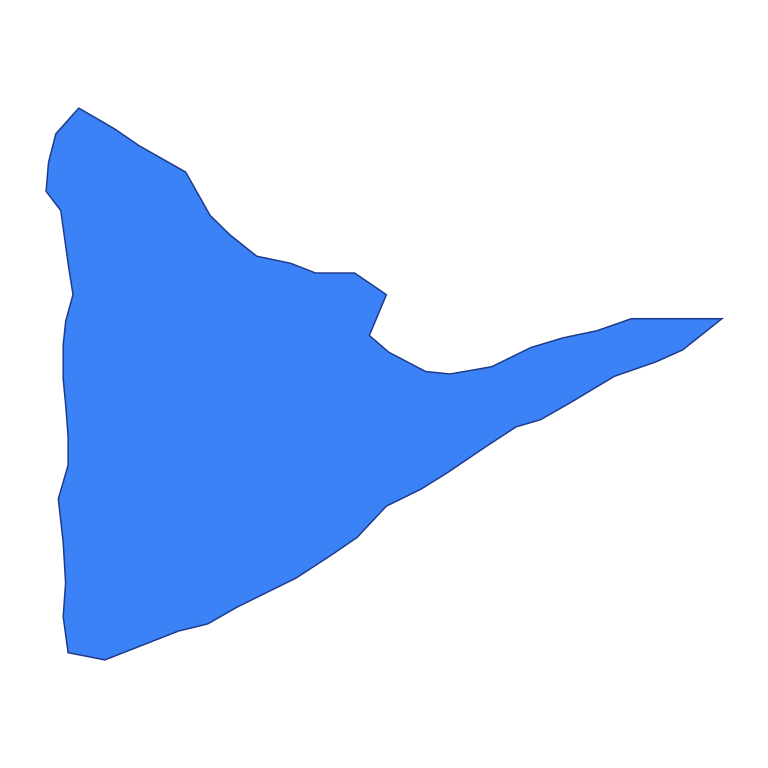 the district of Neta, Cyprus
{"feature_id": "46923920B38170479802577", "entity_name": "Neta", "entity_type": "district", "adm_level": 2, "iso_a3": "CYP", "parent_name": "Cyprus", "parent_adm1": "", "projection": "robinson", "projection_center": [34.225, 35.469], "detail": "fine", "context": "isolated", "style": "filled", "palette": "blue", "viewbox_px": 768, "rotation_deg": 0, "n_neighbors": 0, "source": "geoboundaries", "source_scale": "gbopen_adm2", "svg_char_len": 832}
<svg xmlns="http://www.w3.org/2000/svg" viewBox="0 0 768 768"><path d="M78.8,108.1L55.9,133.7L48.5,162.5L46.1,191.3L60.8,210.6L68.1,263.4L73.0,294.7L65.7,321.1L63.2,345.1L63.2,378.8L65.7,405.2L68.1,436.4L68.1,465.3L58.3,498.9L63.2,542.2L65.6,583.0L63.2,616.7L68.1,652.7L75.2,654.1L104.8,659.9L141.6,645.5L178.3,631.1L207.7,623.9L237.1,607.1L266.5,592.6L295.8,578.2L332.6,554.2L357.1,537.4L386.4,506.1L420.7,489.3L447.7,472.5L486.8,446.0L516.2,426.8L540.7,419.6L570.1,402.8L614.2,376.4L655.8,361.9L682.7,349.9L721.9,318.7L682.7,318.7L631.3,318.7L597.0,330.7L562.8,337.9L530.9,347.5L491.7,366.7L450.1,374.0L425.6,371.5L388.9,352.3L369.3,335.5L386.4,294.7L354.6,273.0L315.4,273.0L290.9,263.4L256.7,256.2L229.7,234.6L210.1,215.4L185.7,172.1L139.1,145.7L114.6,128.9L78.8,108.1Z" fill="#3b82f6" stroke="#1e3a8a" stroke-width="1.5"/></svg>